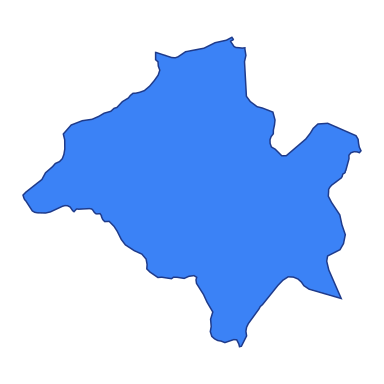 outline of Taza - Al Hoceima - Taounate
{"feature_id": "MAR-1447", "entity_name": "Taza - Al Hoceima - Taounate", "entity_type": "Region", "adm_level": 1, "iso_a3": "MAR", "parent_name": "Morocco", "parent_adm1": "", "projection": "equal_earth", "projection_center": [-4.152, 34.39], "detail": "fine", "context": "isolated", "style": "filled", "palette": "blue", "viewbox_px": 384, "rotation_deg": 0, "n_neighbors": 0, "source": "natural_earth", "source_scale": "10m", "svg_char_len": 2428}
<svg xmlns="http://www.w3.org/2000/svg" viewBox="0 0 384 384"><path d="M155.6,52.4L155.8,52.4L171.5,57.5L175.2,57.8L177.9,56.9L185.6,51.7L204.0,48.2L215.1,42.7L226.4,40.2L231.9,37.3L233.3,39.3L232.8,40.1L231.2,40.7L230.6,41.3L231.2,42.4L232.1,43.6L234.0,46.5L235.9,47.5L238.7,47.7L242.3,48.1L244.9,47.8L244.9,49.1L245.9,55.4L244.5,61.6L246.4,96.3L250.3,101.6L257.1,106.7L262.3,108.0L272.9,112.1L275.0,120.0L274.5,124.8L273.4,130.0L273.3,133.8L271.1,136.6L270.0,139.7L270.1,143.4L271.4,147.0L275.2,149.2L281.8,155.8L286.3,155.7L305.8,139.0L310.3,133.2L313.2,128.4L317.9,124.0L327.7,123.3L356.0,135.7L358.1,139.3L358.6,143.7L359.3,147.2L361.0,150.8L359.4,152.7L357.2,151.9L354.1,151.7L350.9,152.8L348.9,155.3L349.0,158.7L345.8,170.5L345.4,170.9L345.1,172.5L344.5,173.1L343.0,173.9L342.5,175.0L342.2,176.4L341.3,177.9L331.6,185.2L329.7,187.4L328.6,189.5L328.6,191.4L328.3,196.2L331.5,202.4L339.8,214.9L341.9,224.7L345.3,234.7L343.5,243.6L340.0,249.7L327.6,256.0L326.7,261.2L328.8,270.0L341.2,298.5L309.1,289.2L303.9,285.7L301.4,282.1L298.0,279.0L293.4,277.1L288.2,276.8L282.9,280.2L277.9,285.4L262.5,304.6L260.3,306.5L258.8,309.2L248.4,323.5L246.6,327.2L245.9,331.3L246.6,335.9L241.4,346.2L239.5,346.7L238.8,343.9L236.7,339.8L233.7,339.6L224.9,342.6L221.1,341.1L217.7,340.5L214.5,338.8L211.8,336.4L210.3,331.6L211.2,326.6L210.6,319.2L212.8,312.0L207.0,302.1L203.5,294.5L196.5,283.4L196.0,279.9L196.7,277.3L194.0,275.6L188.9,276.3L184.2,278.4L177.2,277.3L173.5,277.2L171.5,278.7L161.7,277.2L157.9,277.5L150.0,272.1L146.8,268.9L147.1,264.5L146.1,259.1L141.9,254.1L134.3,250.7L125.4,244.9L121.3,239.5L117.3,231.4L114.1,226.4L109.2,221.4L104.7,221.6L102.8,219.6L102.3,218.6L101.4,216.4L101.5,215.8L100.0,213.6L99.5,213.7L96.8,213.9L95.6,213.6L94.1,212.1L93.0,210.3L91.7,209.0L89.5,208.6L78.5,209.2L77.4,209.0L76.4,209.1L74.0,211.7L72.7,210.7L70.1,207.0L67.5,205.7L64.9,205.6L62.4,206.3L50.4,211.9L45.6,213.0L37.4,212.8L34.7,212.3L32.3,210.9L25.9,201.0L24.6,199.6L23.8,197.8L23.0,195.1L25.9,192.1L41.9,179.5L45.5,172.8L52.6,166.6L55.3,163.5L59.5,161.6L62.3,158.7L63.9,154.4L64.8,149.0L64.7,139.8L63.3,134.0L71.2,125.0L82.3,120.7L92.1,119.3L98.9,116.3L104.1,113.2L110.8,111.3L114.1,108.3L116.9,107.5L122.4,101.6L128.4,98.0L130.4,95.4L133.0,93.3L135.7,93.2L139.7,92.3L144.4,90.6L149.7,86.1L154.3,80.6L158.2,75.1L159.8,70.2L158.3,66.1L158.0,61.8L155.6,59.7L155.6,53.4L155.6,52.4Z" fill="#3b82f6" stroke="#1e3a8a" stroke-width="1.5"/></svg>